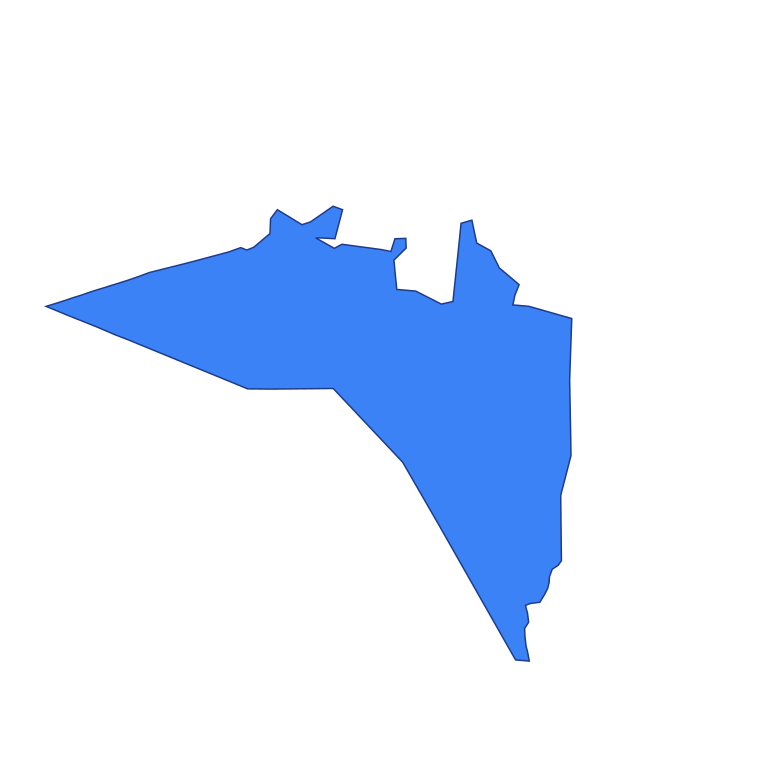 outline of Capela, Alagoas, Brazil, rotated 314°
{"feature_id": "56859067B67921672673820", "entity_name": "Capela", "entity_type": "district", "adm_level": 2, "iso_a3": "BRA", "parent_name": "Brazil", "parent_adm1": "Alagoas", "projection": "equal_earth", "projection_center": [-36.089, -9.345], "detail": "fine", "context": "isolated", "style": "filled", "palette": "blue", "viewbox_px": 768, "rotation_deg": 314, "n_neighbors": 0, "source": "geoboundaries", "source_scale": "gbopen_adm2", "svg_char_len": 1176}
<svg xmlns="http://www.w3.org/2000/svg" viewBox="0 0 768 768"><g transform="rotate(314 384 384)"><path d="M526.0,505.6L561.5,473.6L540.5,434.2L530.4,421.8L538.6,416.6L549.3,412.2L547.6,386.3L551.2,376.3L554.0,368.3L549.8,352.8L562.9,333.4L553.1,327.8L536.4,341.0L491.2,376.3L481.3,369.7L476.9,355.4L472.9,342.3L460.9,327.5L468.8,318.2L480.0,305.1L497.2,305.5L503.9,298.5L496.1,291.0L484.1,296.9L479.0,288.9L472.6,280.2L455.3,256.7L447.1,254.0L441.6,233.4L446.2,238.2L454.4,247.8L480.6,233.1L476.5,223.9L449.5,218.5L441.6,214.3L435.3,186.2L424.1,187.6L413.0,197.5L391.9,195.3L385.1,192.3L382.6,186.2L371.2,180.6L337.1,160.1L301.4,137.9L289.6,132.2L279.6,127.1L247.1,109.3L237.8,104.6L231.0,100.9L221.1,95.7L216.3,93.2L205.1,87.0L213.6,108.6L225.3,137.2L232.9,157.1L237.3,167.4L285.8,289.3L302.1,306.5L345.5,350.6L340.7,451.8L320.4,522.5L276.9,670.3L285.6,681.0L290.5,674.1L294.3,668.1L300.0,661.1L305.8,655.0L313.1,653.5L318.8,646.5L323.0,639.5L327.9,641.8L335.2,647.7L343.9,645.8L350.7,643.7L355.9,640.7L360.3,636.9L367.6,633.7L374.7,635.2L380.1,634.4L426.6,588.5L462.3,568.3L473.7,557.0L515.5,515.1L526.0,505.6Z" fill="#3b82f6" stroke="#1e3a8a" stroke-width="1.5"/></g></svg>